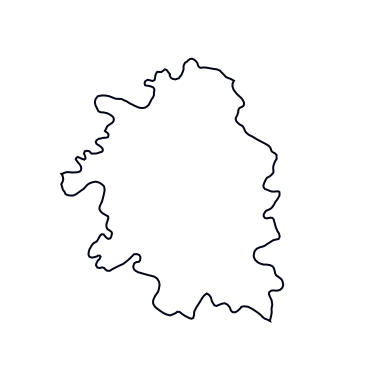 outline of Chavusy, Mogilev, Belarus, rotated 297°
{"feature_id": "67162791B68481301764251", "entity_name": "Chavusy", "entity_type": "district", "adm_level": 2, "iso_a3": "BLR", "parent_name": "Belarus", "parent_adm1": "Mogilev", "projection": "orthographic", "projection_center": [30.902, 53.786], "detail": "fine", "context": "isolated", "style": "outline", "palette": "ink", "viewbox_px": 384, "rotation_deg": 297, "n_neighbors": 0, "source": "geoboundaries", "source_scale": "gbopen_adm2", "svg_char_len": 5615}
<svg xmlns="http://www.w3.org/2000/svg" viewBox="0 0 384 384"><g transform="rotate(297 192 192)"><path d="M112.5,320.1L112.9,319.7L115.2,319.3L117.7,318.7L121.1,317.6L124.2,315.8L128.0,314.7L131.7,312.1L133.5,309.7L136.0,306.8L137.8,306.3L140.1,307.4L141.4,309.4L142.1,311.4L143.0,313.0L144.8,314.9L147.7,316.0L150.7,315.4L152.2,314.3L153.6,313.1L154.7,311.6L155.2,309.6L155.6,307.6L155.9,304.9L157.1,303.2L159.3,301.4L161.3,299.5L162.4,297.3L162.2,294.4L161.3,291.7L159.9,288.9L159.2,285.5L159.2,282.5L160.2,279.1L161.9,276.9L163.4,275.8L166.4,274.9L168.0,274.7L171.0,275.5L173.7,277.7L175.4,279.7L177.1,281.2L179.0,282.2L181.3,283.5L183.9,285.1L185.8,286.2L187.6,288.2L189.5,290.5L191.0,290.5L192.2,290.3L194.3,288.5L195.0,287.6L195.8,286.0L197.0,284.6L198.4,282.9L200.1,281.3L202.2,279.5L203.9,277.9L204.7,277.2L205.4,275.3L204.7,273.4L203.7,272.3L202.3,270.4L202.0,268.5L203.2,266.7L204.8,266.0L208.7,266.4L210.1,267.6L212.4,269.4L213.7,270.0L215.9,270.6L219.0,270.8L220.9,270.8L224.5,271.4L228.4,271.6L230.4,270.7L231.6,269.9L231.8,268.7L230.7,266.7L229.8,265.3L228.6,263.0L228.3,260.5L228.1,258.1L227.8,255.5L228.7,253.7L230.1,252.7L233.2,252.2L235.1,252.1L236.8,252.1L238.8,252.4L240.9,253.9L243.1,255.0L246.2,255.7L248.2,254.8L249.7,253.7L252.0,252.7L254.7,252.3L257.4,252.1L260.0,252.4L260.2,252.1L261.6,251.4L263.3,250.6L264.1,248.6L264.1,246.1L264.5,244.4L265.9,242.9L267.1,241.6L268.0,239.5L268.3,235.1L268.3,230.0L268.4,226.2L268.8,220.6L268.7,217.4L269.0,215.3L269.8,212.6L271.2,210.6L272.5,209.3L273.8,206.9L273.7,204.8L274.1,202.5L275.0,199.7L276.5,198.0L277.6,197.4L279.2,197.4L281.0,197.4L283.9,197.0L285.8,196.2L286.8,196.0L288.4,196.2L290.6,197.9L292.2,198.8L293.9,198.5L295.1,197.8L296.6,196.1L297.8,194.1L298.5,191.7L299.3,188.8L300.2,186.3L301.8,183.0L303.4,181.1L305.0,179.8L307.1,178.9L309.1,178.8L310.2,178.9L310.3,175.2L309.8,170.3L310.8,167.6L311.8,164.6L312.8,161.9L312.6,158.5L311.4,155.2L310.3,151.5L309.3,148.2L308.2,145.6L306.8,143.8L306.4,142.1L307.1,140.4L308.3,139.2L309.4,138.1L310.6,135.4L310.9,133.9L310.8,131.6L309.7,129.9L307.4,128.7L305.8,128.3L303.9,127.1L301.4,127.1L300.1,127.4L297.5,128.8L294.7,129.2L291.9,129.4L287.3,128.6L284.7,125.9L284.0,123.4L284.2,121.2L285.9,119.1L286.9,118.9L288.2,116.1L289.2,114.0L289.0,112.2L286.7,111.1L284.9,110.2L283.3,106.5L280.8,106.2L278.7,106.6L276.5,107.4L274.8,107.8L273.1,106.6L272.6,104.8L272.4,103.5L271.8,101.5L269.6,100.1L267.5,100.3L265.9,101.6L266.2,103.4L266.9,105.2L267.4,107.4L267.6,109.8L267.0,111.2L265.9,112.2L263.1,113.0L261.3,114.0L258.8,114.3L256.1,113.9L253.4,113.9L250.0,113.9L247.6,113.0L246.1,112.1L244.3,109.8L243.4,107.6L243.0,105.5L242.8,102.4L242.8,99.5L242.7,96.3L243.1,92.4L242.8,89.2L243.0,87.5L242.0,85.0L240.6,82.1L240.3,80.4L240.0,77.4L239.7,74.6L238.8,71.5L237.6,68.8L236.2,66.6L234.4,64.5L230.9,63.9L227.8,64.7L225.4,66.7L224.1,68.5L222.5,70.5L221.4,72.1L221.7,74.9L222.8,77.2L223.7,80.8L223.7,83.8L223.4,86.3L222.9,87.9L221.3,89.4L219.9,89.8L218.6,89.8L217.0,89.3L214.1,87.6L212.3,86.7L209.8,86.7L206.8,86.7L206.4,89.3L206.2,90.1L205.4,91.4L204.1,92.0L202.6,92.1L201.2,90.5L199.7,87.9L198.2,86.4L197.1,84.8L194.9,83.5L193.0,83.5L191.5,85.1L191.3,88.0L190.9,90.4L190.1,92.5L189.0,93.5L188.1,93.7L186.7,93.3L185.3,91.7L183.3,89.8L182.2,88.1L180.6,85.0L181.7,82.0L181.0,79.6L179.6,78.0L177.3,78.2L175.3,80.7L173.5,81.9L172.0,81.4L171.6,79.2L171.5,75.7L171.3,74.1L169.5,73.4L168.3,73.6L166.5,77.1L166.0,78.6L164.4,81.4L162.5,82.8L160.8,83.1L159.2,82.7L157.4,80.7L155.0,76.4L154.0,73.8L153.0,71.6L150.9,69.3L149.6,68.6L148.9,67.4L148.2,68.7L146.8,70.1L144.9,71.5L142.8,72.0L139.5,72.0L138.9,72.7L135.4,75.9L134.4,78.2L132.8,80.1L132.7,82.3L133.7,85.5L135.0,87.8L137.3,89.7L140.9,91.5L143.0,92.6L145.6,94.0L150.7,95.4L153.1,96.7L155.4,98.8L157.1,100.9L157.9,102.8L158.3,106.0L157.7,109.2L157.2,110.8L156.3,111.8L153.8,113.4L150.6,114.3L148.4,114.9L143.8,115.9L142.0,116.1L138.8,116.2L137.0,116.4L134.8,117.2L133.3,119.3L132.5,121.8L132.3,124.5L132.2,126.9L132.2,128.3L131.3,128.9L130.3,129.5L128.6,129.7L127.2,129.9L124.8,130.3L123.1,131.0L122.0,131.8L120.9,132.8L120.5,134.0L120.3,136.1L119.9,138.3L118.9,139.5L115.0,140.4L113.4,140.1L112.2,138.6L112.3,137.0L112.8,135.3L113.6,133.6L114.1,132.6L113.4,130.8L111.8,130.0L109.5,129.8L107.1,129.8L104.6,129.5L102.9,128.4L101.7,127.5L99.1,126.9L94.5,126.7L92.0,127.1L89.2,128.2L87.7,130.1L88.1,132.6L89.4,134.3L91.2,136.3L92.7,137.2L93.4,138.6L93.0,139.8L90.5,140.1L87.7,139.2L84.9,139.2L83.2,139.6L81.7,142.0L82.3,144.1L84.0,146.2L84.5,148.1L83.8,149.6L83.3,152.1L84.5,154.6L86.9,155.9L89.0,157.5L92.5,160.0L96.9,163.5L101.2,165.5L104.3,166.7L106.8,167.5L107.9,167.9L110.2,168.6L111.7,171.2L111.9,173.7L110.5,175.7L107.8,176.7L105.8,176.5L104.5,174.5L102.7,173.1L101.1,173.1L98.7,173.5L96.6,175.7L96.2,177.7L96.0,180.3L96.6,183.0L97.0,185.3L97.4,187.2L98.2,191.2L98.9,194.0L99.5,197.0L99.0,200.3L97.1,203.3L94.7,205.2L90.4,206.6L87.5,207.0L82.5,206.3L79.5,206.4L77.4,206.7L75.0,208.0L73.1,210.7L72.2,213.9L71.8,216.8L71.3,220.2L71.2,223.3L71.4,225.5L72.2,228.7L74.3,230.5L76.8,232.5L78.5,233.1L79.5,235.4L79.1,237.3L78.7,239.8L78.4,242.2L78.4,244.7L78.4,247.1L79.0,249.3L80.5,250.3L83.8,249.5L86.3,248.3L91.4,248.3L97.3,248.9L101.8,249.2L105.4,249.8L108.3,251.3L108.0,254.2L106.4,257.0L104.3,258.7L102.8,260.6L102.5,261.2L101.2,263.4L101.6,265.6L103.7,267.3L106.0,269.3L107.7,271.6L107.8,274.7L106.4,278.0L104.0,280.6L103.4,282.7L104.4,285.1L107.0,286.7L110.6,288.0L112.1,288.1L113.8,290.2L115.1,293.8L115.2,298.3L114.8,302.2L114.4,305.4L113.5,309.6L112.8,311.1L112.2,314.3L112.5,317.1L112.5,320.1Z" fill="none" stroke="#020617" stroke-width="2"/></g></svg>